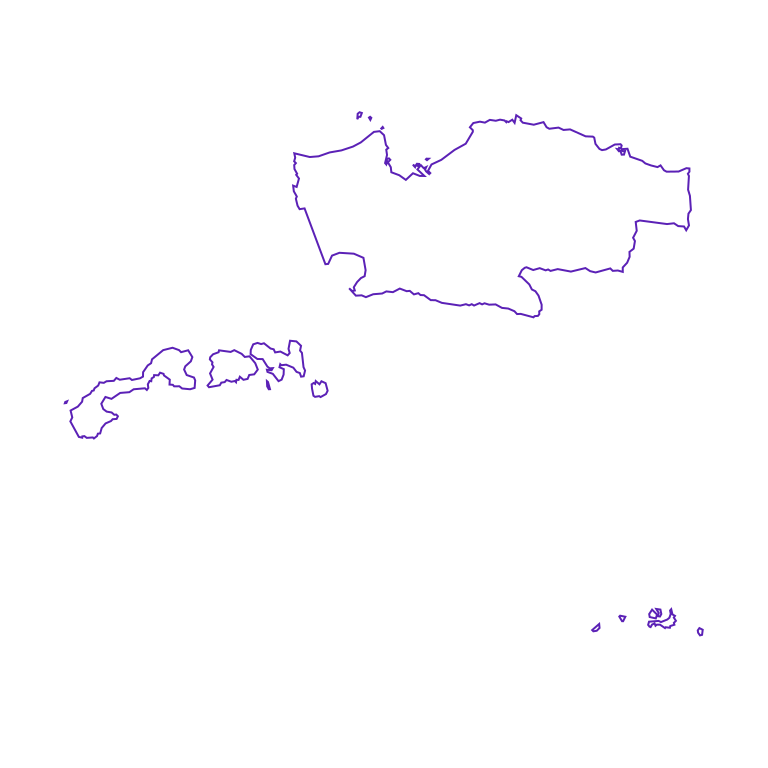 Maluku Tengah, Maluku, Indonesia (Albers equal-area conic projection), rotated 356°
{"feature_id": "22746128B41463091507887", "entity_name": "Maluku Tengah", "entity_type": "district", "adm_level": 2, "iso_a3": "IDN", "parent_name": "Indonesia", "parent_adm1": "Maluku", "projection": "albers", "projection_center": [128.463, -3.665], "detail": "fine", "context": "isolated", "style": "outline", "palette": "violet", "viewbox_px": 768, "rotation_deg": 356, "n_neighbors": 0, "source": "geoboundaries", "source_scale": "gbopen_adm2", "svg_char_len": 6158}
<svg xmlns="http://www.w3.org/2000/svg" viewBox="0 0 768 768"><g transform="rotate(356 384 384)"><path d="M703.7,190.3L700.7,189.8L692.7,192.6L680.7,191.9L678.2,190.3L675.1,185.2L672.0,186.7L665.6,184.6L660.1,182.2L657.2,179.4L645.5,174.4L643.3,166.3L637.7,166.3L637.2,167.3L638.5,168.4L640.7,168.4L639.4,171.9L637.1,171.8L636.1,168.0L634.6,168.2L633.0,165.9L634.7,166.3L635.0,164.8L636.8,165.5L637.7,162.6L636.7,161.3L630.9,161.2L621.7,165.5L617.8,165.9L615.3,164.5L611.7,159.2L610.9,152.9L609.6,151.8L602.4,151.0L587.4,143.0L580.8,143.1L576.0,140.4L566.7,140.9L564.1,139.2L561.4,133.9L551.5,135.8L540.7,133.0L538.6,130.4L539.4,128.7L534.7,125.1L532.5,132.6L530.4,129.3L526.5,131.4L524.7,130.5L524.2,131.3L522.6,129.5L518.2,128.4L513.9,129.2L508.0,127.9L502.9,130.3L498.0,129.0L491.3,129.9L487.6,133.9L490.3,137.0L490.2,138.6L482.3,150.0L470.7,155.4L456.8,164.4L446.7,168.3L442.8,174.4L445.5,177.5L444.2,176.5L443.6,177.6L440.9,174.9L439.9,173.0L441.3,170.5L438.7,171.5L436.0,168.2L432.3,172.3L438.8,179.3L434.1,178.9L427.6,175.8L420.0,181.9L413.8,176.8L406.1,173.3L405.9,168.2L404.0,164.4L401.8,163.7L401.5,165.0L400.5,163.7L403.0,155.7L402.6,150.4L404.7,148.9L402.6,145.6L401.4,135.8L397.4,131.5L391.5,131.8L377.7,141.4L369.6,145.0L357.8,148.0L346.0,149.2L334.6,152.3L325.8,152.4L310.6,147.6L311.2,152.0L309.9,155.6L311.5,157.5L309.7,159.3L309.7,163.3L312.0,168.2L311.0,169.2L313.5,173.1L310.6,181.3L307.2,179.8L307.5,185.5L310.1,190.9L309.0,193.0L310.2,200.1L312.0,203.7L317.0,203.3L333.9,260.4L336.7,260.3L341.1,252.3L348.7,250.0L363.0,251.9L372.3,256.7L373.6,269.2L372.2,275.1L368.4,276.7L364.3,280.4L360.6,285.4L361.4,288.7L358.7,289.0L355.9,286.1L362.1,293.9L367.9,294.0L372.0,296.1L379.5,293.7L388.5,293.6L392.8,291.8L399.3,293.0L406.4,289.9L413.1,293.0L416.2,292.9L420.1,296.7L424.6,295.8L426.6,297.8L430.1,298.2L436.5,303.6L441.2,304.0L447.4,307.1L465.5,311.1L471.3,310.1L474.4,311.5L477.1,310.5L479.3,312.0L485.0,310.0L487.4,311.4L489.9,310.5L494.4,312.2L500.9,312.4L507.0,316.3L513.2,317.4L519.2,320.5L521.6,323.5L525.3,323.6L537.8,327.9L538.9,326.8L542.3,326.8L543.8,325.2L543.9,322.4L546.4,320.9L546.8,315.9L544.3,306.6L541.5,302.0L538.1,300.0L535.9,294.8L528.6,286.7L526.0,285.9L529.4,280.1L532.5,277.9L534.3,277.5L540.8,280.7L547.4,279.3L553.2,281.9L555.7,281.2L558.0,282.8L565.3,281.5L578.3,284.9L593.0,282.4L597.5,285.8L602.9,287.5L617.8,284.5L620.1,287.1L625.2,287.1L630.0,288.8L630.3,284.4L635.0,280.0L637.9,274.3L638.1,269.3L642.5,266.4L644.3,258.9L642.7,255.5L646.8,248.8L646.4,239.9L650.5,238.7L677.5,244.2L684.5,243.9L688.5,247.0L694.3,247.8L696.2,251.7L699.3,247.1L698.7,240.7L699.6,235.3L702.3,231.9L702.3,217.6L700.9,211.4L702.7,197.7L701.8,195.5L703.5,193.5L703.7,190.3ZM170.0,369.6L173.3,370.1L174.5,371.7L179.7,372.0L182.3,374.4L190.2,375.7L194.8,374.7L195.9,367.3L194.9,364.3L187.8,361.3L185.6,355.6L187.0,352.5L192.9,347.9L194.7,343.8L191.0,336.7L183.8,338.1L181.9,335.9L175.6,333.1L166.1,334.8L154.3,343.2L153.1,347.0L149.6,349.0L144.5,355.4L144.1,359.8L141.0,361.3L132.8,362.4L130.7,360.5L120.7,361.3L117.4,359.3L114.7,362.0L107.4,361.9L104.6,363.3L100.3,362.5L98.8,365.6L94.9,368.1L94.0,370.2L92.2,370.5L90.2,373.3L82.5,377.0L81.6,380.6L77.0,385.2L69.5,388.6L70.7,395.6L68.5,399.4L75.9,415.5L79.2,416.5L79.4,415.2L81.5,415.1L83.7,417.0L89.8,417.0L90.8,418.1L94.1,415.9L95.1,413.6L97.4,413.5L99.3,408.2L103.5,403.9L109.1,401.9L110.8,400.2L114.8,400.2L116.3,397.6L114.8,395.8L112.8,395.9L110.3,393.4L105.4,392.2L102.2,389.4L100.6,384.0L105.2,377.5L111.1,379.8L120.2,374.5L129.4,374.4L133.9,371.8L145.2,371.6L147.0,373.4L148.6,371.5L148.4,367.8L150.4,364.6L152.0,365.0L152.6,362.2L154.9,361.0L155.3,359.1L159.5,359.6L161.4,357.1L164.8,358.5L165.1,360.1L170.6,364.7L170.0,369.6ZM233.3,341.3L221.8,338.9L221.2,340.8L215.6,342.4L212.5,345.2L212.0,347.3L214.4,350.4L213.8,352.4L215.2,355.1L211.2,361.3L213.3,367.7L207.9,373.2L209.2,375.0L220.1,373.8L221.8,371.3L225.2,371.0L227.2,369.0L231.9,371.1L235.4,370.6L236.5,371.9L237.1,369.5L239.2,369.8L240.7,366.7L244.1,370.0L248.3,369.4L250.2,365.6L255.2,365.3L259.1,360.8L257.0,354.2L251.8,347.0L247.0,347.3L244.1,344.0L237.0,339.8L233.3,341.3ZM260.7,334.2L256.3,335.3L253.5,340.7L253.0,344.9L259.4,350.2L264.7,350.7L268.9,358.5L271.1,360.4L274.2,360.4L272.8,362.4L268.2,361.6L268.6,363.8L273.8,366.1L279.0,373.8L282.2,372.5L284.5,367.6L285.1,362.2L280.9,360.0L281.9,357.0L282.9,358.1L287.7,357.9L294.7,361.4L297.6,365.8L300.8,367.2L301.8,370.9L304.4,370.7L306.2,365.1L304.9,361.6L304.3,347.2L302.6,344.8L303.9,340.1L299.6,335.4L293.3,334.3L291.2,342.3L292.1,346.5L289.9,348.7L282.9,344.4L277.6,344.9L276.4,341.7L273.3,340.7L267.1,335.0L264.2,335.6L260.7,334.2ZM319.6,379.8L316.1,376.3L315.3,379.1L313.9,378.1L311.8,379.3L311.9,383.7L312.8,390.8L314.3,392.0L318.5,391.6L319.8,392.6L325.4,390.0L327.3,386.8L325.8,379.1L321.8,376.9L319.6,379.8ZM654.8,628.7L653.6,629.9L654.0,633.3L652.4,637.1L650.2,638.7L643.7,640.8L641.4,639.5L631.8,639.6L630.7,642.7L631.9,644.6L633.0,645.1L634.6,642.7L637.2,641.7L638.0,644.1L639.4,643.1L642.5,643.3L647.3,647.1L648.0,646.3L652.2,647.1L652.7,645.4L656.9,644.4L656.5,642.5L658.7,640.6L656.8,637.2L658.1,635.6L655.7,634.0L654.8,628.7ZM635.7,627.8L632.5,632.0L632.8,635.0L638.8,636.8L640.3,633.1L635.7,627.8ZM683.8,656.4L684.8,651.4L681.6,649.5L679.8,651.7L680.0,654.0L681.7,656.8L683.8,656.4ZM582.0,642.4L581.9,638.4L574.5,644.0L575.6,645.3L579.0,645.0L582.0,642.4ZM603.4,631.6L602.5,632.4L604.9,637.2L606.0,637.3L608.5,633.0L603.4,631.6ZM644.0,628.3L639.9,627.4L642.1,631.6L640.9,634.7L643.1,635.2L644.6,632.8L644.0,628.3ZM380.8,112.1L378.6,111.2L376.6,112.6L375.8,118.0L377.3,115.7L379.1,115.8L380.8,112.1ZM269.9,381.2L268.4,373.9L267.4,372.9L267.3,378.2L268.7,381.2L269.9,381.2ZM404.7,159.3L402.3,159.6L402.8,163.6L405.9,160.8L404.7,159.3ZM434.3,166.9L432.2,166.6L430.9,168.2L433.9,169.1L434.3,166.9ZM388.8,119.6L389.9,117.6L388.8,116.5L387.6,117.2L388.8,119.6ZM66.7,379.1L64.8,379.7L64.3,380.9L65.8,380.8L66.7,379.1ZM430.5,168.8L428.1,167.3L430.1,169.8L430.5,168.8ZM444.3,162.4L442.1,162.2L441.5,162.8L442.5,163.7L444.3,162.4ZM401.2,128.6L400.6,127.5L399.1,128.9L399.5,129.3L401.2,128.6Z" fill="none" stroke="#5b21b6" stroke-width="2"/></g></svg>